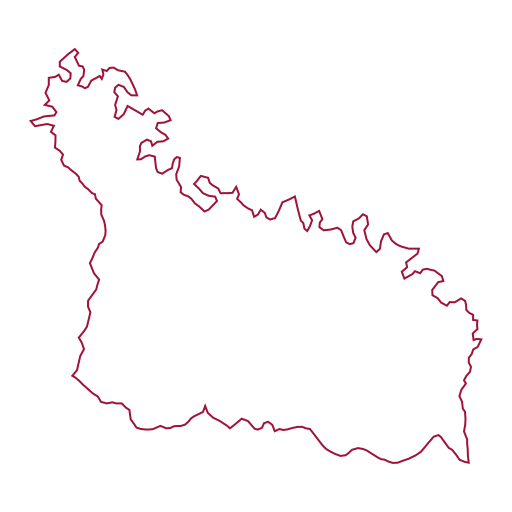 the district of Clevelândia, Paraná, Brazil
{"feature_id": "56859067B10537536811182", "entity_name": "Clevelândia", "entity_type": "district", "adm_level": 2, "iso_a3": "BRA", "parent_name": "Brazil", "parent_adm1": "Paraná", "projection": "natural_earth1", "projection_center": [-52.368, -26.309], "detail": "fine", "context": "isolated", "style": "outline", "palette": "rose", "viewbox_px": 512, "rotation_deg": 0, "n_neighbors": 0, "source": "geoboundaries", "source_scale": "gbopen_adm2", "svg_char_len": 4665}
<svg xmlns="http://www.w3.org/2000/svg" viewBox="0 0 512 512"><path d="M297.7,208.7L294.9,196.5L289.3,199.4L282.4,202.3L279.0,210.4L275.1,218.1L270.0,219.5L266.3,217.3L264.9,213.0L260.8,209.7L257.9,214.6L254.1,216.8L252.1,210.3L248.0,208.4L243.6,205.4L241.2,202.7L237.1,198.8L239.0,194.3L236.2,186.9L232.5,192.8L228.9,193.1L220.6,193.2L218.2,188.5L212.5,185.2L209.8,182.9L208.1,177.8L200.8,175.9L196.8,181.1L194.1,184.0L199.1,188.7L202.8,193.1L208.5,195.7L215.2,196.7L217.0,201.0L213.1,205.0L208.9,209.5L204.5,211.5L199.0,206.3L194.8,203.3L191.4,198.8L188.5,196.5L183.7,194.7L180.6,192.2L181.1,187.1L176.6,179.6L176.2,174.2L179.1,166.6L179.9,157.9L176.8,157.1L174.2,159.3L172.8,163.3L171.9,168.3L168.2,169.8L162.2,173.7L157.6,172.0L156.0,168.0L154.8,156.6L149.2,155.2L145.3,156.4L140.9,159.3L137.3,159.4L140.0,151.4L139.9,146.2L141.4,142.9L147.0,139.6L151.0,141.3L152.3,145.8L157.3,141.8L163.2,141.3L168.2,138.6L165.5,134.9L160.8,132.2L156.1,128.3L157.7,123.0L163.9,122.6L170.6,120.2L168.8,116.1L162.1,110.2L157.4,111.5L154.4,113.3L148.5,108.6L145.2,110.6L142.7,114.7L127.6,106.0L123.8,114.1L118.4,118.9L114.6,116.8L116.5,110.1L115.1,104.9L117.9,96.3L114.3,92.2L115.1,87.7L118.5,84.8L123.8,86.9L127.4,92.1L131.2,95.3L137.1,95.4L135.1,89.5L130.1,78.9L127.2,74.5L125.0,71.7L117.8,70.2L113.7,67.6L109.6,67.9L106.7,71.0L102.3,69.6L103.4,74.5L101.8,78.9L99.8,76.0L91.2,80.7L88.0,86.8L84.9,88.2L82.0,86.4L77.8,85.3L80.8,78.8L83.4,76.1L84.2,69.8L82.7,66.5L78.9,65.7L77.2,62.0L74.8,57.0L78.2,52.9L74.8,49.1L68.2,54.1L59.8,61.7L59.8,66.5L66.9,70.0L70.7,73.3L70.3,78.5L66.5,81.9L62.1,80.9L58.8,74.7L55.2,76.9L48.8,77.8L48.8,85.0L45.5,92.8L49.3,100.4L44.8,104.9L52.3,106.7L56.4,112.1L54.4,115.4L44.1,116.4L36.8,119.3L30.7,121.0L35.0,126.2L47.2,124.0L53.9,125.8L50.9,131.8L55.5,135.3L55.4,142.3L54.9,147.6L59.7,150.7L63.0,154.6L61.2,159.8L64.1,165.7L68.0,167.3L71.5,170.4L76.1,173.9L78.7,176.8L79.7,180.9L82.3,183.4L84.8,186.8L87.8,188.9L91.8,193.0L95.0,194.3L95.8,198.6L101.7,205.3L101.1,209.5L101.3,214.6L104.1,221.0L105.1,225.9L105.6,230.7L105.3,235.1L102.7,241.5L99.1,244.0L97.8,247.8L94.5,252.8L92.6,257.7L89.9,263.2L94.0,273.3L99.1,279.6L97.4,284.8L96.2,289.5L88.1,300.6L88.0,306.6L90.4,312.3L87.0,326.5L84.3,330.8L78.8,337.6L81.8,342.8L84.0,349.1L80.2,356.1L77.0,370.2L72.3,375.8L75.1,377.4L78.9,380.5L83.3,385.0L92.7,393.3L97.9,396.6L101.0,401.9L106.8,403.4L112.3,402.3L116.2,403.4L121.7,403.4L126.0,407.7L129.4,409.9L130.7,419.4L133.9,423.7L136.5,427.6L140.8,429.0L146.9,429.6L152.7,429.2L160.4,425.9L166.4,428.3L170.3,428.0L174.1,426.2L181.0,425.9L184.9,424.7L188.2,421.9L191.1,418.3L194.1,416.3L203.0,411.9L205.2,406.0L207.7,412.7L213.1,417.7L219.5,420.8L227.3,425.9L229.9,428.3L234.1,425.1L241.7,418.7L247.9,421.0L254.5,428.6L257.7,429.6L262.0,427.8L264.0,423.2L268.1,421.8L272.2,424.7L274.8,431.2L279.6,429.0L283.1,430.0L287.4,429.4L291.5,428.2L297.3,426.9L302.3,426.9L306.3,428.4L309.9,429.0L313.0,432.9L316.9,438.0L321.0,443.4L324.0,446.9L326.6,449.3L331.0,451.9L335.1,453.9L340.4,455.9L345.5,455.3L348.4,453.2L352.0,449.8L357.9,448.1L362.7,448.9L366.4,450.3L369.8,452.4L373.7,454.9L377.7,457.4L381.1,459.2L384.4,459.6L388.8,461.7L392.7,462.9L397.7,462.7L403.8,460.4L408.6,458.8L411.6,457.3L415.4,455.5L420.8,451.9L424.2,447.9L427.9,443.4L433.8,436.6L438.4,435.1L441.0,437.1L443.0,439.9L446.2,444.4L448.8,447.9L452.1,449.8L456.2,454.8L459.6,459.8L464.8,461.9L468.7,462.7L467.9,455.5L467.7,448.9L467.1,443.2L467.2,439.5L464.0,431.5L465.2,424.7L465.5,419.0L465.0,411.7L462.8,408.7L462.1,401.9L459.4,396.2L461.3,389.8L465.9,383.6L464.0,380.3L466.4,375.8L470.0,371.7L471.0,366.8L468.8,362.6L468.8,357.9L471.8,353.8L473.2,349.5L477.6,347.0L481.3,339.4L476.5,338.9L473.6,340.1L472.7,333.5L477.5,329.0L477.0,325.0L477.4,320.5L473.1,319.9L473.1,314.8L469.2,312.9L466.3,309.9L466.1,304.9L465.1,300.9L461.2,298.4L454.7,302.3L449.7,302.1L446.9,305.7L441.0,302.5L437.6,298.1L432.5,295.3L432.2,290.0L438.2,282.1L443.3,281.1L441.9,276.2L439.0,274.0L434.5,270.6L429.9,269.6L426.9,268.8L422.8,269.6L420.2,273.2L414.9,271.2L412.4,274.1L404.4,278.6L401.8,271.7L407.1,267.2L406.1,262.4L417.5,253.6L418.9,248.7L412.4,248.7L408.8,248.7L400.3,246.2L395.7,243.8L391.9,240.5L387.8,233.1L384.0,234.3L381.0,241.3L379.9,248.9L376.3,252.1L369.8,245.2L366.4,238.8L364.3,230.2L368.1,224.4L366.8,216.3L363.0,214.3L359.0,218.3L353.2,221.4L352.3,226.7L353.2,232.9L355.6,237.8L353.4,243.2L349.7,244.1L346.2,242.4L344.0,237.4L341.1,230.2L337.4,227.7L330.9,229.5L323.6,230.3L319.4,227.1L319.8,222.6L322.4,219.1L320.5,214.4L319.1,210.9L314.0,213.7L309.4,215.4L312.1,220.3L309.9,226.3L307.2,231.0L304.4,228.6L303.3,223.0L300.8,220.6L297.7,208.7Z" fill="none" stroke="#9f1239" stroke-width="2"/></svg>